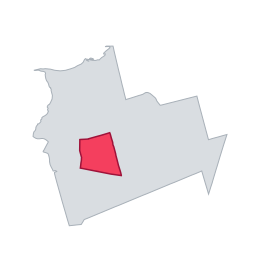 Tichitt, Tagant, Mauritania (highlighted), rotated 75°
{"feature_id": "47542326B42701553126465", "entity_name": "Tichitt", "entity_type": "district", "adm_level": 2, "iso_a3": "MRT", "parent_name": "Mauritania", "parent_adm1": "Tagant", "projection": "orthographic", "projection_center": [-9.94, 18.515], "detail": "fine", "context": "in_parent", "style": "filled", "palette": "rose", "viewbox_px": 256, "rotation_deg": 75, "n_neighbors": 0, "source": "geoboundaries", "source_scale": "gbopen_adm2", "svg_char_len": 3620}
<svg xmlns="http://www.w3.org/2000/svg" viewBox="0 0 256 256"><g transform="rotate(75 128 128)"><path d="M109.1,220.9L108.8,220.8L107.2,219.7L106.5,218.4L105.3,217.4L103.6,216.8L102.5,216.0L102.0,215.2L101.4,214.6L100.8,214.3L100.7,214.0L100.9,213.6L100.7,212.8L99.8,211.1L98.9,210.3L98.1,210.4L97.6,210.2L97.4,209.9L97.3,209.3L96.7,208.8L95.8,208.6L95.1,207.3L94.6,205.0L93.9,203.2L93.0,201.9L92.4,201.4L91.9,201.3L91.7,201.1L91.6,200.7L90.9,200.6L89.9,201.0L89.0,200.8L88.6,200.2L88.0,200.1L87.2,200.6L86.4,200.4L85.5,199.6L85.0,198.8L84.9,197.9L83.4,196.3L80.3,193.8L77.0,192.6L73.4,192.6L71.3,192.5L70.9,192.1L70.4,192.1L70.0,192.5L69.5,192.6L69.0,192.3L68.7,192.5L68.5,193.1L67.3,193.4L64.8,193.4L62.8,193.7L61.3,194.4L59.2,194.6L56.5,194.4L54.8,194.1L54.3,193.6L53.5,193.5L52.5,193.7L51.5,194.9L50.7,197.0L50.0,198.2L49.4,198.5L48.8,200.1L48.4,202.8L47.9,204.0L48.1,197.2L49.0,194.7L49.3,192.5L51.1,187.7L53.3,183.8L55.3,178.6L56.1,173.4L56.0,168.4L55.7,163.9L54.8,160.9L54.1,156.6L52.9,154.3L50.5,152.2L50.0,151.0L50.6,150.6L52.1,150.4L53.1,148.9L51.1,149.4L53.5,144.8L54.4,141.6L54.3,139.5L54.8,138.2L53.2,135.3L52.0,131.7L51.3,131.1L50.6,130.8L50.5,131.6L50.1,132.4L49.3,131.9L47.9,129.3L46.0,125.0L45.3,124.5L44.7,125.1L44.3,125.6L43.5,129.1L43.3,127.7L43.7,126.1L44.3,124.1L45.0,121.3L46.7,121.3L49.9,121.5L56.3,121.7L59.5,121.8L65.9,122.0L69.1,122.1L75.5,122.2L78.7,122.3L85.1,122.5L88.3,122.5L94.7,122.7L97.9,122.7L100.0,122.8L99.9,120.8L99.9,119.2L99.8,117.0L99.7,114.9L99.6,112.8L99.5,110.8L99.4,108.8L99.4,107.0L99.3,105.3L99.1,104.3L98.5,102.4L98.4,101.4L98.6,100.4L99.0,99.5L100.3,97.8L102.2,96.4L104.4,94.9L106.1,93.8L106.9,93.5L109.5,93.1L111.5,92.3L113.5,91.4L114.4,91.0L114.5,89.3L115.0,53.2L124.6,53.3L127.1,53.3L144.7,53.3L147.3,53.3L160.1,53.3L160.1,51.6L160.0,49.1L160.0,45.8L160.0,42.5L159.9,36.6L159.9,34.1L162.4,35.7L167.5,39.0L170.0,40.6L175.1,43.8L180.2,47.0L185.4,50.2L188.0,51.8L190.5,53.4L193.1,55.0L195.7,56.6L200.9,59.8L203.1,61.1L206.4,63.3L209.6,65.3L212.7,67.3L208.0,67.4L201.6,67.6L197.3,67.7L192.8,67.8L188.6,67.9L189.1,71.3L189.6,75.0L190.0,78.7L190.5,82.4L191.0,86.1L192.5,97.2L192.9,101.0L193.4,104.7L193.9,108.4L194.4,112.1L195.4,119.6L195.9,123.3L196.4,127.0L196.8,130.7L197.3,134.5L197.8,138.2L198.8,145.7L199.3,149.4L199.8,153.1L200.3,156.8L200.7,160.6L201.2,164.3L201.7,168.0L202.2,171.7L203.2,179.2L203.7,182.9L204.2,186.7L204.7,190.4L205.1,194.0L206.9,195.8L209.1,198.2L208.5,201.6L207.9,205.6L207.2,210.0L201.2,210.2L195.3,210.3L180.5,210.6L177.6,210.6L162.8,210.8L159.8,210.8L154.1,210.8L152.4,210.7L151.8,210.4L151.6,208.1L151.1,208.3L150.5,208.9L150.2,209.6L150.3,210.6L150.2,211.4L148.3,211.7L145.8,212.3L143.1,212.7L140.3,212.5L139.4,212.3L138.4,212.0L136.2,211.7L135.1,211.7L133.7,211.7L132.1,211.9L131.6,212.3L130.4,214.0L129.2,216.0L128.5,216.0L127.6,214.9L125.3,212.8L122.4,210.1L121.1,208.8L120.5,208.6L119.1,209.6L117.9,210.5L116.7,211.8L116.1,213.0L115.7,214.5L115.5,216.2L115.0,218.2L114.0,219.8L112.8,221.0L112.0,221.6L111.6,221.9L109.1,220.9ZM52.2,145.9L51.3,147.4L50.9,146.8L50.8,145.8L51.6,144.5L52.0,143.8L52.7,143.6L52.2,145.9Z" fill="#d9dde1" stroke="#a8b0b8" stroke-width="1"/><path d="M126.7,177.5L137.3,180.5L144.6,180.5L145.8,181.0L146.7,181.2L148.1,181.8L149.2,182.3L149.6,182.5L150.7,182.9L154.4,184.4L168.1,156.4L172.2,146.8L172.0,146.7L168.6,146.6L161.4,146.9L156.2,146.8L151.2,146.8L149.7,146.6L142.5,146.6L140.2,146.9L137.8,146.5L133.3,146.7L129.5,146.7L127.8,146.9L127.9,149.0L128.1,156.0L128.1,160.0L128.2,168.9L128.4,169.0L128.0,171.2L126.8,176.8L126.7,177.4L126.7,177.5Z" fill="#f43f5e" stroke="#9f1239" stroke-width="1.5"/></g></svg>